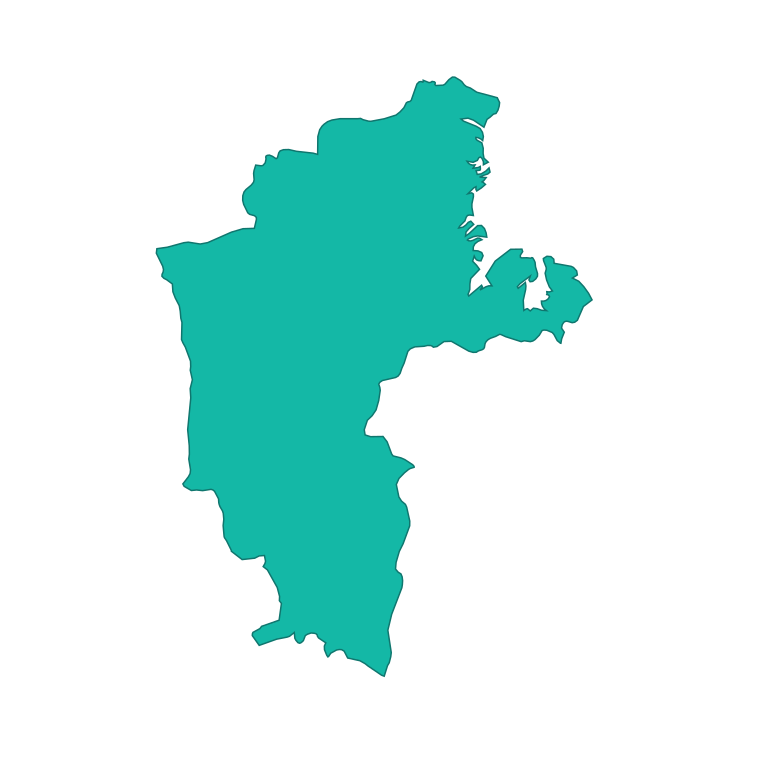 map outline of Valle del Cauca (Mercator projection), rotated 152°
{"feature_id": "COL-1408", "entity_name": "Valle del Cauca", "entity_type": "Department", "adm_level": 1, "iso_a3": "COL", "parent_name": "Colombia", "parent_adm1": "", "projection": "mercator", "projection_center": [-76.797, 4.064], "detail": "fine", "context": "isolated", "style": "filled", "palette": "teal", "viewbox_px": 768, "rotation_deg": 152, "n_neighbors": 0, "source": "natural_earth", "source_scale": "10m", "svg_char_len": 6171}
<svg xmlns="http://www.w3.org/2000/svg" viewBox="0 0 768 768"><g transform="rotate(152 384 384)"><path d="M165.1,598.1L149.6,583.6L149.8,578.2L151.9,575.2L154.9,572.2L158.1,570.3L160.7,570.9L165.1,569.8L168.8,569.3L175.2,563.8L181.1,574.9L185.0,579.3L191.6,581.8L190.4,578.8L181.6,568.3L179.2,564.4L178.9,560.0L180.1,555.8L182.6,552.6L183.5,554.9L185.3,557.3L187.1,558.6L187.8,557.4L187.3,555.4L184.4,551.0L185.7,545.6L188.2,541.1L189.7,536.5L187.8,530.9L193.3,530.9L191.9,533.5L191.7,535.2L191.6,537.3L192.4,539.2L194.0,539.3L196.6,537.6L201.2,537.9L206.1,541.7L205.8,539.2L204.7,537.2L203.0,535.7L200.7,534.7L204.1,532.7L199.1,530.9L196.9,530.9L198.0,528.4L199.0,527.7L202.5,529.2L203.3,525.3L199.5,523.9L194.1,524.2L189.8,525.5L190.9,521.3L193.8,520.7L198.0,521.5L202.5,521.8L196.9,518.3L200.4,516.7L202.5,516.4L201.7,515.3L200.7,512.6L206.0,511.4L211.5,510.9L211.5,512.6L210.2,515.0L212.8,515.0L220.6,512.6L216.8,511.6L215.9,509.8L217.1,507.4L221.8,501.8L223.5,498.6L226.0,490.8L229.0,493.0L231.2,493.6L233.2,492.6L236.0,490.0L243.0,487.9L244.8,486.7L240.6,485.4L237.1,485.9L233.6,487.2L230.9,487.0L229.8,482.8L235.8,481.4L240.2,479.7L242.6,476.3L238.1,476.9L227.0,479.9L223.5,478.2L222.3,474.1L222.9,469.4L224.3,465.4L231.8,470.8L235.8,472.1L241.6,472.5L242.8,472.0L242.1,470.8L240.3,469.6L237.9,469.1L232.8,468.9L231.1,467.8L229.8,465.4L234.1,465.8L237.9,465.1L240.7,463.2L242.6,460.0L238.5,457.4L236.0,454.2L236.3,450.7L240.6,447.2L242.7,448.6L243.9,450.0L244.4,451.8L244.3,454.6L248.1,450.8L246.5,445.3L245.8,440.4L257.9,436.4L261.2,432.0L263.9,427.1L267.8,423.6L267.8,421.9L251.5,425.4L251.5,423.6L255.1,421.9L248.4,422.0L245.4,421.5L242.6,420.0L243.5,431.5L228.1,440.3L209.0,443.5L198.9,438.3L199.4,435.8L203.2,433.7L204.1,431.7L203.2,430.7L198.6,428.4L195.4,426.2L194.2,426.2L193.5,425.6L193.3,422.7L193.5,420.5L195.2,416.3L196.6,409.4L197.9,407.1L200.7,405.5L204.5,404.8L207.0,405.7L207.2,407.8L204.1,410.7L216.8,408.7L220.6,407.3L220.6,405.5L211.5,407.3L212.7,403.9L214.6,400.9L221.7,392.6L226.0,383.3L223.2,383.5L221.9,383.1L220.6,379.9L216.5,380.8L213.4,378.6L210.2,375.1L206.1,372.5L207.2,375.1L207.6,378.0L207.2,380.8L206.1,383.3L203.8,382.1L201.5,381.7L199.2,382.1L196.9,383.3L196.9,385.3L198.3,386.6L197.7,387.1L196.9,389.1L194.9,387.7L191.6,387.1L192.4,392.1L191.6,399.5L189.7,406.2L186.9,409.1L186.1,410.7L185.2,418.0L184.4,420.0L180.2,420.3L176.8,418.1L175.5,414.5L177.1,410.7L163.5,400.0L162.0,397.9L160.8,393.4L162.1,389.5L167.9,389.1L163.8,383.3L161.9,376.2L160.8,368.1L160.8,360.6L171.6,358.8L183.3,349.5L186.6,349.0L189.1,349.8L192.2,352.9L193.4,353.8L195.4,354.3L197.0,353.7L198.8,352.7L201.0,350.0L200.5,345.1L205.9,340.5L208.7,336.9L209.1,337.2L210.7,341.0L210.7,348.0L211.3,350.5L215.0,355.0L217.5,356.6L219.3,357.0L223.9,354.2L229.8,352.3L232.4,352.1L234.9,352.7L239.8,356.3L243.0,357.0L254.4,368.7L257.6,372.9L258.7,373.6L263.0,373.6L268.6,374.4L271.3,374.3L273.9,373.5L275.8,372.2L278.2,369.1L279.5,368.3L281.4,368.2L285.0,368.9L287.6,368.7L290.5,370.1L293.7,373.2L304.5,390.1L311.1,393.3L319.6,392.2L323.1,393.3L323.9,395.1L324.8,396.1L327.5,397.6L330.9,398.5L339.3,402.3L344.2,402.7L347.6,401.6L356.4,393.0L360.8,389.6L364.7,385.9L367.7,384.4L370.7,384.3L383.7,387.8L386.8,387.5L388.7,386.4L389.3,382.9L390.3,380.2L396.4,371.9L403.1,364.9L409.3,361.6L415.7,359.8L422.9,352.9L424.6,347.9L420.6,343.8L409.5,338.1L408.4,331.4L410.1,318.5L409.7,316.2L403.7,310.8L401.1,307.5L396.5,299.1L396.1,297.2L396.5,296.3L400.6,297.1L402.6,297.0L407.6,296.0L415.1,293.6L420.3,289.5L423.9,277.3L423.5,272.4L421.6,267.7L421.8,264.6L425.6,250.9L427.9,246.7L442.1,234.0L449.1,229.0L457.1,220.8L460.7,215.2L459.8,211.1L458.2,208.4L458.5,205.2L459.9,201.6L462.0,198.2L463.9,195.7L485.3,177.1L496.2,164.8L503.7,143.4L506.1,140.0L510.3,135.4L513.1,133.7L521.0,125.9L522.9,128.1L530.5,142.5L531.9,145.8L535.2,151.0L544.7,159.1L544.6,166.8L546.1,169.3L548.0,170.5L550.7,171.4L557.4,171.3L560.9,169.4L561.7,169.4L561.9,171.4L561.3,177.3L559.7,180.6L556.9,182.8L561.0,190.5L561.2,192.4L560.8,194.0L561.2,195.3L562.5,196.6L565.3,198.4L569.1,199.0L571.6,198.8L575.5,195.4L576.7,194.9L579.1,194.5L580.3,194.8L581.4,196.0L582.1,199.1L582.1,201.3L579.9,206.7L585.8,205.6L588.4,206.0L598.6,209.1L616.9,211.8L618.4,223.7L617.5,225.2L616.3,226.2L608.4,226.3L605.8,227.5L587.5,224.7L577.6,238.4L578.1,241.8L575.9,245.5L573.8,254.4L574.2,274.6L576.4,279.5L573.4,281.4L571.8,283.1L570.1,288.7L574.9,290.8L579.9,290.9L591.7,295.6L597.3,308.0L596.9,308.9L596.6,319.5L597.0,323.2L596.7,324.6L592.5,334.5L589.0,339.7L586.6,345.4L586.2,347.9L586.4,352.7L586.1,354.9L585.6,356.8L584.0,360.3L584.0,368.9L584.9,370.9L586.2,372.2L594.2,375.0L599.2,378.4L604.1,380.4L608.5,387.4L608.5,390.2L600.3,393.9L597.2,396.0L595.1,399.1L591.6,409.4L588.8,413.4L584.9,421.0L578.8,435.8L561.1,462.5L557.3,470.9L551.2,477.7L548.6,487.1L546.5,490.1L544.1,495.0L542.1,509.8L542.2,514.8L541.9,518.3L533.5,533.2L532.5,537.5L529.7,544.0L528.0,549.3L527.9,558.0L527.1,564.5L523.9,571.7L527.0,578.2L528.7,580.6L529.5,583.4L528.4,585.1L526.6,586.4L525.0,588.5L524.1,591.9L523.6,606.4L521.0,610.1L511.1,606.5L494.3,602.7L490.2,601.1L480.6,593.9L473.3,591.6L447.3,589.7L435.6,587.3L425.4,582.3L419.5,589.1L418.5,591.0L419.3,593.4L423.0,596.9L423.9,599.1L423.6,608.4L422.5,612.6L420.3,616.5L417.4,619.3L414.6,620.5L407.9,621.9L404.5,623.4L402.8,625.3L400.3,631.1L398.6,633.4L394.5,637.5L390.0,634.3L388.3,633.8L385.0,635.1L382.5,638.1L381.9,639.8L381.2,640.6L379.8,640.7L377.7,639.9L375.6,637.4L373.5,633.6L371.9,633.8L368.4,637.5L366.3,638.6L362.8,638.1L358.0,635.7L352.1,630.6L338.2,621.1L334.8,617.9L326.2,633.6L321.4,638.7L317.7,640.7L315.0,641.5L310.7,642.1L306.0,641.5L298.3,638.9L282.9,630.7L280.0,629.5L278.4,627.2L274.1,623.2L272.2,622.1L259.4,618.1L247.1,615.8L242.2,616.7L236.7,618.6L232.2,621.8L230.6,621.9L228.5,621.3L226.8,621.7L214.1,633.4L211.2,634.3L209.3,633.7L208.2,632.5L207.6,632.4L206.8,633.8L202.7,628.9L200.7,628.4L199.5,628.6L197.6,627.1L197.3,626.1L197.7,625.3L198.5,624.6L198.1,623.2L191.5,620.1L189.5,620.1L183.7,622.3L179.6,622.9L177.4,621.7L174.1,616.2L173.3,614.3L172.7,610.5L171.6,607.9L168.8,604.8L165.1,598.1Z" fill="#14b8a6" stroke="#0f766e" stroke-width="1.5"/></g></svg>